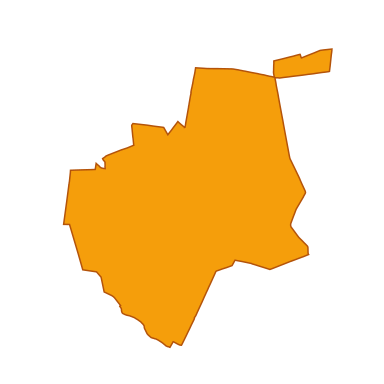 23 August, Constanta, Romania, rotated 96°
{"feature_id": "2599482B30382262964220", "entity_name": "23 August", "entity_type": "district", "adm_level": 2, "iso_a3": "ROU", "parent_name": "Romania", "parent_adm1": "Constanta", "projection": "albers", "projection_center": [28.545, 43.923], "detail": "fine", "context": "isolated", "style": "filled", "palette": "amber", "viewbox_px": 384, "rotation_deg": 96, "n_neighbors": 0, "source": "geoboundaries", "source_scale": "gbopen_adm2", "svg_char_len": 5514}
<svg xmlns="http://www.w3.org/2000/svg" viewBox="0 0 384 384"><g transform="rotate(96 192 192)"><path d="M242.2,69.9L242.0,69.5L241.6,69.8L241.2,70.0L240.5,70.2L238.2,70.5L235.9,70.8L234.7,71.0L233.8,71.5L233.3,72.1L233.2,72.2L231.5,74.2L231.5,74.3L229.9,76.2L226.1,80.9L225.3,81.7L222.0,84.7L217.3,89.0L216.6,89.7L216.1,90.0L215.5,90.2L215.0,90.4L214.9,90.4L214.5,90.5L213.8,90.5L213.3,90.5L212.7,90.4L210.0,89.7L205.7,88.6L201.7,87.5L200.4,87.2L198.2,86.6L196.2,85.7L185.0,80.6L184.5,80.5L182.7,79.7L181.7,79.3L181.0,79.1L180.4,79.1L179.9,79.3L179.3,79.5L178.5,80.0L177.6,80.5L172.1,83.8L169.1,85.5L167.6,86.3L164.9,87.9L163.8,88.6L160.4,90.7L156.7,93.0L154.3,94.5L152.2,95.8L150.9,96.6L149.2,97.7L148.4,98.1L148.0,98.3L147.3,98.5L145.8,99.0L139.7,100.8L133.0,102.8L123.9,105.5L115.8,107.9L111.6,109.1L106.3,110.7L100.9,112.3L96.2,113.7L89.7,115.6L89.4,115.7L86.8,116.4L84.1,117.2L81.3,118.1L79.3,118.7L77.4,119.3L75.0,119.9L72.6,120.6L71.1,121.1L69.6,121.5L69.6,121.3L69.6,119.6L69.4,118.7L69.4,118.4L69.4,118.1L69.5,117.5L69.5,116.9L68.4,112.4L67.4,107.9L66.3,103.4L65.3,98.9L64.7,96.3L64.1,93.7L63.5,91.3L62.8,88.6L62.2,85.7L61.6,83.2L60.9,80.6L60.2,77.8L59.5,75.0L58.8,71.8L58.0,68.6L57.7,67.9L52.1,67.8L46.7,67.8L41.0,67.8L38.5,67.7L36.0,67.7L35.5,67.8L35.2,67.8L36.2,72.4L36.9,75.7L37.7,79.0L37.8,79.4L39.1,81.8L40.4,84.2L40.5,84.3L43.8,90.7L47.1,96.9L47.2,97.2L46.8,97.5L43.8,98.9L43.8,99.0L45.3,103.0L46.3,105.4L47.4,108.6L50.3,116.4L53.1,124.3L54.3,124.2L55.9,124.0L56.9,124.0L58.4,123.9L59.4,123.8L60.9,123.7L61.8,123.6L63.2,123.5L64.0,123.5L64.1,123.4L64.9,123.4L65.6,123.2L67.0,122.8L69.0,122.2L69.1,122.3L69.2,122.6L68.9,124.8L68.8,127.0L68.6,128.4L68.4,130.2L68.1,132.0L68.1,132.4L68.0,132.7L67.9,134.8L67.7,137.0L67.4,139.1L66.9,145.8L66.7,147.7L66.7,147.8L66.5,149.8L66.3,151.7L66.2,153.6L66.0,155.5L65.9,157.0L65.7,158.5L65.6,160.4L65.5,162.2L65.4,163.4L65.4,164.6L65.4,164.8L65.5,166.5L65.7,168.1L65.7,168.7L65.8,169.9L65.9,170.9L66.0,172.1L66.1,173.3L66.3,175.5L66.5,178.0L67.0,183.0L67.1,184.0L67.2,185.1L67.4,187.2L67.5,188.2L67.6,189.3L67.7,191.0L67.7,191.8L68.1,201.4L68.4,201.4L70.0,201.5L72.2,201.6L73.6,201.7L74.7,201.8L75.7,201.9L78.5,202.2L79.1,202.3L80.1,202.4L80.8,202.4L82.2,202.5L83.5,202.6L84.1,202.6L85.4,202.8L85.7,202.8L87.8,203.0L90.2,203.3L93.0,203.5L93.2,203.3L94.9,203.4L96.8,203.6L104.6,204.1L105.3,204.1L107.2,204.3L108.3,204.3L111.0,204.5L116.7,204.9L120.7,205.2L120.8,205.2L122.1,205.3L123.5,205.4L125.6,205.5L128.3,205.7L128.5,206.1L128.4,206.1L128.1,206.6L128.0,206.8L127.0,208.4L125.6,210.5L125.2,211.0L125.1,211.3L124.7,211.7L124.6,211.9L124.0,212.7L123.4,213.4L125.6,214.7L127.9,216.1L130.0,217.4L132.6,218.9L133.9,219.7L135.1,220.5L137.6,222.0L134.0,224.6L131.4,226.4L130.8,226.9L130.8,227.0L130.7,227.4L130.6,232.3L130.5,236.9L130.5,237.1L130.2,243.6L130.2,244.0L130.1,257.9L130.3,258.0L130.5,258.1L130.9,258.3L131.3,258.6L131.7,258.8L132.0,258.9L132.3,258.9L133.8,258.6L134.6,258.4L136.0,258.1L138.1,257.7L138.5,257.6L142.0,256.9L143.8,256.5L144.9,256.2L151.3,254.9L151.6,254.8L151.8,255.2L154.5,260.2L154.8,260.7L157.3,266.2L157.3,266.3L159.8,271.1L162.7,276.7L163.5,278.2L163.5,278.3L165.2,281.3L165.8,281.8L166.9,282.9L168.1,284.4L169.3,283.7L170.2,282.8L170.7,282.2L171.8,281.5L172.9,281.5L174.4,281.2L175.7,281.2L176.6,281.0L177.8,280.8L177.8,282.5L177.6,284.5L176.9,286.0L176.0,286.9L174.0,289.8L173.6,290.3L179.7,290.6L180.3,294.6L180.5,296.1L181.2,301.4L182.1,308.1L183.1,315.1L185.3,315.0L186.5,315.0L187.6,315.0L188.7,315.0L189.3,315.0L190.9,315.0L194.2,315.0L195.8,315.1L196.4,315.1L197.0,315.1L197.3,315.2L197.6,315.2L197.8,315.2L198.1,315.2L198.4,315.2L198.6,315.2L214.4,315.6L237.6,316.3L237.1,310.4L265.6,298.6L280.8,292.5L281.4,278.6L286.2,273.5L300.6,268.9L303.4,261.0L304.3,259.3L305.3,258.0L312.4,251.2L312.9,251.7L313.2,251.9L313.9,251.3L314.7,250.6L315.4,250.1L316.2,249.9L316.9,249.8L317.8,249.6L319.0,249.1L319.8,248.5L320.1,248.0L320.3,247.4L320.7,246.4L321.1,245.0L321.2,244.6L321.3,244.2L321.5,242.6L321.5,242.3L321.6,241.5L321.7,240.8L322.0,239.8L322.3,238.5L322.7,237.3L322.9,236.3L323.1,235.9L323.5,235.2L323.8,234.6L324.0,234.1L324.7,232.6L325.9,230.5L326.1,230.1L326.5,229.4L327.5,228.3L328.4,227.1L329.0,226.6L329.7,225.9L330.5,225.5L331.3,225.4L332.0,225.2L333.0,224.8L333.9,224.1L334.7,223.7L335.0,223.5L335.9,222.9L337.1,222.2L337.9,221.6L338.8,220.6L339.6,219.5L340.3,218.5L341.0,217.5L341.2,216.7L341.4,215.8L341.5,214.9L341.7,214.2L341.8,213.8L341.9,212.6L342.3,211.5L343.0,209.7L343.3,209.2L344.0,207.8L344.6,206.6L345.2,205.5L346.1,204.2L346.6,203.4L346.9,202.9L347.4,202.4L347.6,202.1L347.9,201.2L348.1,200.8L348.3,200.3L348.3,199.7L348.4,198.9L348.6,198.4L348.7,198.2L348.8,197.7L342.9,195.1L342.9,194.8L343.0,194.5L344.3,191.4L344.9,189.9L345.4,188.4L345.5,187.7L345.5,186.5L344.9,186.2L338.7,183.9L338.1,183.7L335.7,182.8L332.0,181.5L330.1,180.8L328.5,180.2L324.4,178.8L319.0,176.8L317.7,176.4L316.8,176.5L315.0,175.5L314.7,175.4L314.0,175.1L311.8,174.4L311.7,174.4L309.4,173.6L307.3,172.9L300.3,170.5L295.0,168.8L292.4,167.9L290.5,167.3L287.7,166.3L285.1,165.5L281.1,164.1L278.1,163.1L274.5,161.9L272.1,161.1L268.7,160.0L268.3,159.7L267.9,159.3L267.7,158.7L266.9,157.0L265.3,153.7L263.6,149.8L261.6,145.7L261.0,144.5L260.4,144.2L255.3,142.1L255.5,140.2L255.9,135.1L256.9,125.3L257.2,124.8L257.7,122.0L258.5,118.2L259.6,112.6L260.7,107.3L260.8,106.8L260.9,106.5L260.1,104.8L259.8,104.2L257.3,99.4L249.9,85.2L250.0,85.2L245.3,75.9L245.0,75.1L242.2,69.9Z" fill="#f59e0b" stroke="#b45309" stroke-width="1.5"/></g></svg>